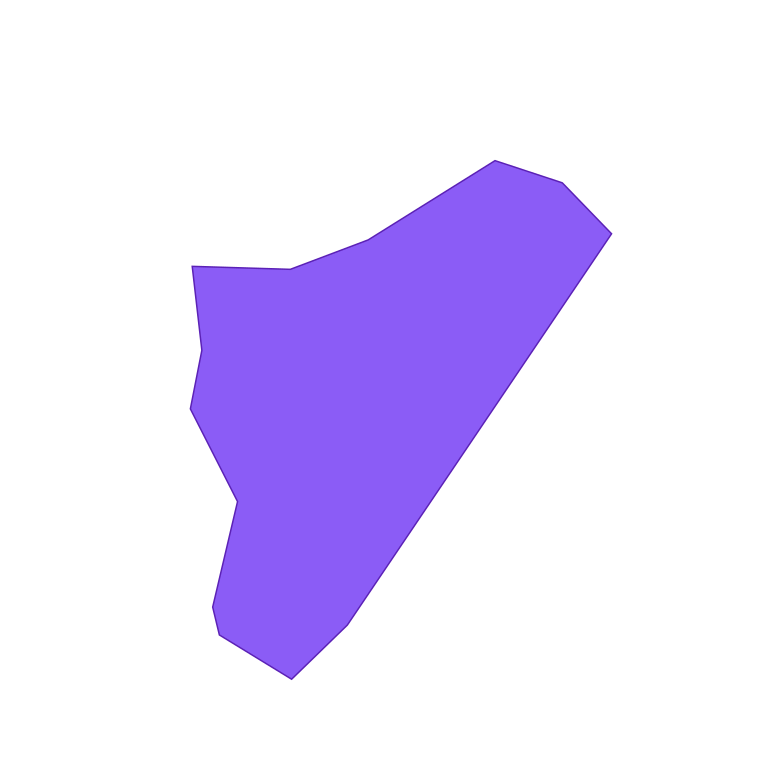 an SVG outline of Għajnsielem, rotated 328°
{"feature_id": "MLT-5987", "entity_name": "Għajnsielem", "entity_type": "state/province", "adm_level": 1, "iso_a3": "MLT", "parent_name": "Malta", "parent_adm1": "", "projection": "robinson", "projection_center": [14.284, 36.025], "detail": "fine", "context": "isolated", "style": "filled", "palette": "violet", "viewbox_px": 768, "rotation_deg": 328, "n_neighbors": 0, "source": "natural_earth", "source_scale": "10m", "svg_char_len": 339}
<svg xmlns="http://www.w3.org/2000/svg" viewBox="0 0 768 768"><g transform="rotate(328 384 384)"><path d="M656.6,377.2L225.2,569.0L149.2,585.4L111.4,509.6L120.5,482.4L197.5,406.1L206.6,302.5L247.4,258.9L283.7,182.6L365.3,237.1L446.9,253.4L596.5,253.4L641.8,307.9L656.6,377.2Z" fill="#8b5cf6" stroke="#5b21b6" stroke-width="1.5"/></g></svg>